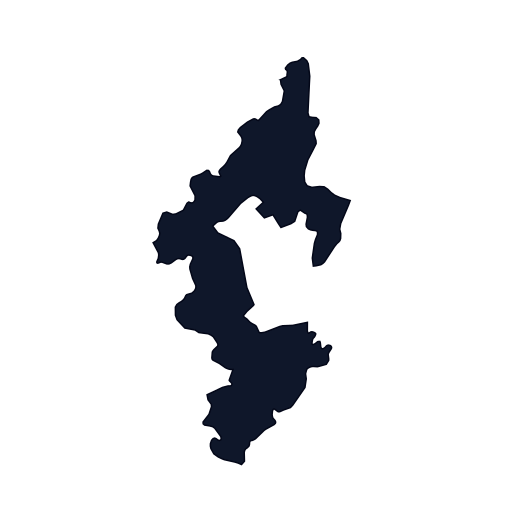 the border of Zagrebacka, rotated 109°
{"feature_id": "HRV-1588", "entity_name": "Zagrebacka", "entity_type": "County", "adm_level": 1, "iso_a3": "HRV", "parent_name": "Croatia", "parent_adm1": "", "projection": "robinson", "projection_center": [16.033, 45.768], "detail": "fine", "context": "isolated", "style": "filled", "palette": "ink", "viewbox_px": 512, "rotation_deg": 109, "n_neighbors": 0, "source": "natural_earth", "source_scale": "10m", "svg_char_len": 5140}
<svg xmlns="http://www.w3.org/2000/svg" viewBox="0 0 512 512"><g transform="rotate(109 256 256)"><path d="M137.6,236.7L148.1,238.3L159.0,237.9L164.5,236.6L170.2,234.0L173.0,230.5L172.9,225.5L169.6,218.5L168.4,214.1L169.5,209.9L171.5,205.8L172.9,201.5L173.4,195.7L172.9,185.0L177.8,185.1L197.6,186.5L203.4,185.6L207.1,183.2L211.9,181.7L214.1,181.7L215.7,182.3L218.0,183.6L221.7,184.9L239.2,189.3L241.3,190.4L243.1,191.8L245.7,196.0L246.9,198.5L239.6,202.1L225.0,204.9L221.0,205.1L215.8,204.8L213.6,205.5L212.5,206.7L212.7,208.5L213.2,210.6L213.5,213.0L213.3,215.3L211.8,217.9L209.6,219.0L202.6,220.0L200.6,220.9L199.8,221.5L199.6,222.6L199.6,223.7L198.2,228.9L198.8,229.6L200.5,230.8L210.6,230.7L214.1,233.5L220.9,241.7L217.8,245.7L211.5,253.4L217.2,260.5L211.4,271.2L202.8,266.5L200.5,270.8L199.5,274.2L199.3,276.2L199.4,277.8L199.9,279.0L200.2,279.6L201.4,280.9L203.4,282.7L211.3,287.7L228.6,294.6L230.5,295.6L232.2,296.8L233.4,298.1L234.2,299.6L234.8,301.2L235.7,302.8L236.9,304.0L241.8,306.7L246.6,299.6L248.7,281.8L254.5,273.8L288.9,254.3L302.6,242.1L303.5,242.3L311.4,246.6L316.3,248.4L317.1,248.0L317.7,247.1L318.5,244.2L320.4,240.6L320.6,240.1L321.2,237.8L321.7,234.5L322.0,233.6L322.4,232.8L326.8,228.6L327.4,227.7L326.8,225.8L325.1,222.7L314.9,210.6L313.3,208.1L309.6,198.6L302.0,185.8L310.3,183.0L311.2,182.3L312.0,181.4L311.9,181.0L311.4,180.6L309.9,179.4L309.5,178.6L309.3,177.5L309.4,175.5L309.8,174.6L310.1,174.2L310.6,174.1L311.5,174.1L312.6,174.2L313.8,174.5L315.5,175.3L316.4,175.3L317.7,175.2L320.3,174.7L321.2,174.0L321.2,173.2L320.3,172.2L319.6,171.5L317.0,169.9L316.5,169.2L316.0,167.8L317.0,167.0L321.2,165.0L322.1,163.9L322.2,162.9L321.4,162.0L320.6,161.3L319.5,160.7L318.0,160.1L317.2,159.4L316.6,158.3L316.5,156.3L317.2,155.2L318.2,154.6L319.5,154.7L323.5,155.7L324.7,155.8L325.6,155.7L329.5,153.8L330.7,153.4L331.1,153.3L331.5,153.4L335.5,154.3L339.8,160.5L340.7,161.9L341.9,166.3L342.7,167.8L343.7,169.1L345.3,170.5L346.1,171.0L348.0,171.1L351.2,170.8L355.8,168.5L364.4,166.9L385.0,172.7L388.1,174.1L392.6,179.8L394.9,182.2L395.5,182.9L395.9,183.7L396.0,184.4L395.8,185.3L395.2,187.0L394.6,189.1L395.3,189.8L397.0,190.0L400.8,189.1L402.8,188.0L403.8,187.2L404.7,185.6L405.2,184.7L406.0,183.8L406.8,183.3L407.9,183.2L409.5,184.0L416.6,190.4L418.3,191.6L429.0,197.0L430.7,198.5L431.8,199.8L432.3,200.9L433.0,201.3L434.1,201.4L436.5,200.8L438.2,200.8L440.5,202.0L441.6,202.9L443.4,203.4L445.5,203.2L453.8,200.1L457.9,201.8L457.6,205.4L457.7,208.8L458.9,219.7L458.8,221.9L458.3,226.3L456.8,231.4L452.8,235.9L450.7,237.2L448.3,238.0L444.7,238.0L442.6,237.1L441.6,235.8L441.7,234.2L442.3,232.5L442.5,230.8L441.6,229.5L440.1,229.4L438.2,230.4L432.2,239.0L431.5,241.4L431.7,244.3L432.6,249.6L431.9,251.3L430.2,252.0L421.0,248.9L413.0,249.0L410.7,250.0L407.6,254.5L403.1,257.1L391.1,244.8L387.9,240.0L387.2,237.9L386.4,237.1L385.4,236.9L384.7,237.2L384.2,237.5L383.9,238.0L382.7,240.4L382.2,240.9L370.8,240.8L371.6,243.4L371.8,245.0L371.8,246.5L371.6,248.6L369.5,255.7L368.5,262.7L368.3,263.2L367.7,264.0L366.6,264.6L361.2,266.0L360.3,266.0L358.4,265.4L353.6,262.9L352.2,263.1L350.8,264.2L346.3,270.0L345.5,272.5L345.1,275.8L347.0,285.1L345.8,289.5L347.3,299.8L341.9,309.9L338.2,312.9L330.6,315.6L327.6,315.0L325.2,313.4L323.3,311.7L321.2,310.5L319.3,309.8L316.4,309.5L315.2,309.0L314.3,307.8L312.0,304.5L309.1,302.9L306.9,302.5L305.3,302.6L303.6,303.2L302.6,304.1L297.9,308.6L289.9,314.2L287.8,315.1L285.1,315.4L279.1,314.8L277.6,315.3L276.8,316.5L276.7,318.2L277.0,320.1L277.7,321.0L278.8,321.6L281.3,322.4L282.6,323.3L283.2,324.5L283.3,327.0L283.6,328.4L284.3,329.6L285.3,330.6L290.1,333.9L291.8,335.7L292.5,337.6L292.4,342.8L292.8,344.2L293.8,345.3L294.4,346.0L294.9,347.0L294.5,347.6L293.6,347.9L290.1,347.6L286.7,348.3L284.7,349.3L276.9,357.6L274.3,355.4L273.1,354.8L270.9,354.2L268.1,354.0L265.9,354.3L263.8,355.7L261.6,357.8L257.6,358.7L245.8,357.9L243.5,354.7L243.7,350.4L243.8,349.2L243.7,348.1L242.2,345.3L236.4,339.6L228.6,338.4L227.8,337.9L226.8,337.1L227.0,336.0L226.9,334.7L226.6,333.6L225.7,332.7L224.5,332.2L222.9,331.9L218.8,333.2L211.2,341.1L207.6,341.9L204.6,342.3L203.1,342.0L202.0,341.4L196.7,335.0L195.1,333.5L191.0,330.4L190.6,328.7L191.5,327.3L193.1,326.0L194.1,324.4L194.3,322.7L192.9,316.1L192.5,315.5L191.9,315.3L189.2,317.9L188.4,318.4L187.1,318.4L185.3,317.8L182.1,316.0L179.5,314.8L176.7,314.0L169.3,312.8L158.9,307.0L157.2,306.4L155.0,306.1L151.7,306.5L149.7,307.3L148.2,308.5L147.3,309.6L144.7,313.6L142.5,313.7L139.6,312.6L132.2,307.7L127.3,303.2L126.7,301.9L126.7,301.1L126.9,299.9L127.2,298.8L127.2,298.0L125.6,297.1L116.1,293.0L113.2,290.8L109.0,287.0L106.9,283.8L105.5,282.6L104.0,281.8L101.3,281.3L90.6,283.0L85.5,288.2L81.4,290.2L81.4,290.3L76.9,285.7L76.0,285.1L75.0,285.6L71.6,286.3L70.3,287.3L69.9,288.7L68.8,289.4L65.1,288.2L62.6,286.6L61.1,284.9L58.4,280.2L55.7,277.9L53.6,277.0L53.1,275.6L53.4,274.9L54.8,271.6L57.2,269.2L68.5,263.7L76.2,261.5L103.7,253.5L103.9,253.4L107.1,251.2L106.6,247.9L105.6,244.2L106.9,241.0L110.0,239.7L113.1,240.0L116.3,240.9L119.5,241.4L122.3,240.6L127.5,236.8L130.2,235.7L137.6,236.7Z" fill="#0f172a" stroke="#020617" stroke-width="1.5"/></g></svg>